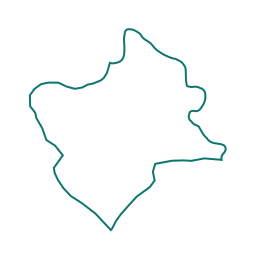 outline of Chosan, Chagang-do, North Korea, rotated 79°
{"feature_id": "82179303B68159150924260", "entity_name": "Chosan", "entity_type": "district", "adm_level": 2, "iso_a3": "PRK", "parent_name": "North Korea", "parent_adm1": "Chagang-do", "projection": "natural_earth1", "projection_center": [125.757, 40.773], "detail": "fine", "context": "isolated", "style": "outline", "palette": "teal", "viewbox_px": 256, "rotation_deg": 79, "n_neighbors": 0, "source": "geoboundaries", "source_scale": "gbopen_adm2", "svg_char_len": 5512}
<svg xmlns="http://www.w3.org/2000/svg" viewBox="0 0 256 256"><g transform="rotate(79 128 128)"><path d="M60.6,133.3L70.0,138.2L74.4,142.4L76.1,145.7L77.7,153.7L77.7,159.3L79.5,165.0L79.4,172.6L75.7,180.2L70.2,187.8L68.3,197.2L68.3,204.8L71.8,212.4L77.2,218.1L88.0,219.9L95.3,216.2L100.7,216.1L111.6,212.3L124.2,210.4L131.5,202.9L142.4,197.2L153.1,208.5L158.5,208.5L165.8,206.6L174.9,202.8L183.9,197.1L193.0,187.6L205.8,176.3L224.9,164.3L223.9,163.0L216.7,157.3L211.4,151.6L204.2,142.2L197.1,132.7L190.0,117.6L184.6,111.9L175.6,111.9L168.4,108.1L168.5,91.1L170.4,79.7L172.3,72.1L172.4,58.9L177.1,42.2L176.5,42.2L176.0,42.1L175.6,42.1L175.1,42.0L174.7,41.9L174.3,41.7L173.9,41.6L173.7,41.4L173.3,41.2L172.9,41.0L172.6,40.7L172.3,40.3L171.9,40.0L171.6,39.7L171.2,39.3L171.0,39.0L170.8,38.6L170.5,38.2L170.1,37.9L169.8,37.6L169.4,37.3L169.1,37.0L168.8,36.8L168.4,36.6L168.1,36.4L167.7,36.3L167.4,36.2L167.1,36.1L166.7,36.1L166.3,36.1L165.8,36.1L165.4,36.1L165.0,36.2L164.6,36.3L164.3,36.4L164.0,36.6L163.8,36.8L163.5,37.0L163.3,37.2L163.1,37.5L162.9,37.7L162.7,38.0L162.5,38.4L162.2,38.8L161.9,39.4L161.5,40.2L161.3,40.6L161.1,41.1L160.9,41.7L160.7,42.2L160.6,42.6L160.4,43.0L160.3,43.4L160.1,43.9L160.0,44.4L159.8,45.0L159.5,45.6L159.2,46.3L158.9,47.1L158.8,47.3L158.6,47.8L158.2,48.4L157.9,48.8L157.5,49.4L157.1,49.9L156.6,50.4L156.0,50.8L155.5,51.3L154.9,51.7L154.4,51.9L153.9,52.2L153.2,52.5L152.6,52.8L152.2,53.2L151.5,53.6L151.0,53.9L150.5,54.3L150.0,54.6L149.5,54.9L148.9,55.2L148.3,55.4L147.7,55.6L147.1,55.9L146.6,56.1L146.1,56.2L145.5,56.4L145.0,56.6L144.5,56.8L143.9,57.0L143.2,57.2L142.7,57.4L142.0,57.6L141.5,57.8L141.0,58.0L140.5,58.1L140.1,58.3L139.8,58.5L139.5,58.7L139.3,59.0L139.0,59.4L138.8,59.8L138.6,60.2L138.3,60.5L138.1,60.9L137.8,61.2L137.6,61.5L137.3,61.8L137.1,62.2L136.7,62.5L136.3,62.9L135.9,63.2L135.6,63.5L135.1,63.8L134.6,64.0L134.2,64.3L133.9,64.5L133.5,64.7L132.7,65.3L132.2,65.6L131.7,65.8L131.2,66.0L130.7,66.2L130.3,66.3L129.9,66.3L129.6,66.3L128.7,66.3L128.4,66.2L128.1,66.1L127.7,66.0L127.3,65.9L127.0,65.7L126.5,65.5L126.1,65.3L125.1,64.7L124.9,64.6L124.5,64.3L124.3,64.1L124.0,63.9L123.8,63.5L123.6,63.1L123.5,62.7L123.5,62.3L123.5,61.8L123.5,61.2L123.6,60.7L123.6,60.3L123.8,60.0L123.9,59.7L124.1,59.3L124.3,58.8L124.4,58.4L124.5,58.0L124.4,57.5L124.5,57.0L124.5,56.5L124.4,55.8L124.2,55.4L124.0,54.9L123.8,54.4L123.5,53.9L123.2,53.5L122.8,53.0L122.4,52.6L122.0,52.2L121.6,51.9L121.2,51.5L120.8,51.0L120.4,50.6L120.1,50.3L119.7,50.0L119.3,49.7L118.8,49.2L118.4,48.9L117.9,48.6L117.6,48.4L117.2,48.1L116.8,47.9L116.4,47.7L115.9,47.4L115.3,47.1L114.7,46.8L113.8,46.5L113.3,46.3L112.7,46.2L112.1,46.1L111.6,46.0L111.0,45.9L110.4,45.8L109.9,45.7L109.4,45.7L108.8,45.6L107.6,45.6L107.1,45.7L106.6,45.9L106.1,46.1L105.6,46.4L105.2,46.6L104.8,46.9L104.5,47.2L104.0,47.5L103.5,47.9L103.3,48.2L103.1,48.5L102.9,48.9L102.8,49.3L102.5,49.6L102.3,49.9L102.0,50.3L101.7,50.8L101.5,51.1L101.2,51.4L101.0,51.8L100.8,52.3L100.7,52.7L100.5,53.1L100.4,53.7L100.3,54.2L100.2,54.7L100.1,55.2L100.1,55.8L100.0,56.5L100.0,57.1L99.9,57.9L99.7,58.4L99.5,58.9L99.3,59.4L99.1,60.0L98.9,60.4L98.8,60.7L98.6,61.1L98.4,61.6L98.1,61.9L97.7,62.1L97.2,62.1L95.9,62.1L95.2,62.1L94.4,62.1L93.9,62.0L93.3,62.0L92.6,62.0L92.0,61.9L91.4,61.8L90.3,61.7L89.9,61.6L89.4,61.5L88.9,61.4L88.3,61.3L87.7,61.2L87.1,61.1L86.5,61.0L85.7,60.9L84.9,60.8L84.3,60.7L83.7,60.6L83.1,60.4L82.5,60.4L81.8,60.2L81.3,60.2L80.7,60.1L80.2,60.2L79.6,60.2L79.1,60.3L78.6,60.5L78.1,60.6L77.6,60.8L77.1,61.0L76.5,61.2L76.1,61.4L75.6,61.7L75.2,61.9L74.7,62.2L74.3,62.4L73.9,62.7L73.5,63.0L73.1,63.4L72.8,63.7L72.5,64.1L72.2,64.4L71.9,64.8L71.5,65.2L71.2,65.5L70.9,65.9L70.7,66.2L70.5,66.5L70.3,66.8L70.0,67.2L69.7,67.5L69.4,67.8L69.2,68.2L69.0,68.6L68.9,68.9L68.8,69.4L68.6,69.9L68.4,70.4L68.1,70.9L67.8,71.4L67.5,72.0L67.3,72.4L66.9,72.9L66.6,73.5L66.3,74.0L65.8,74.6L65.5,75.2L65.1,75.7L64.8,76.1L64.5,76.6L64.2,77.0L63.9,77.5L63.5,77.9L63.2,78.3L62.9,78.7L62.5,79.2L61.8,80.0L61.3,80.5L60.8,81.1L60.4,81.5L59.9,82.0L59.4,82.5L59.0,82.9L58.6,83.4L58.1,83.9L57.6,84.3L57.1,84.7L56.6,85.1L56.1,85.5L55.7,85.9L55.2,86.2L54.6,86.6L54.0,86.9L53.4,87.3L52.7,87.6L52.1,88.0L51.1,88.5L50.5,88.8L50.1,89.1L49.6,89.4L49.2,89.7L48.8,90.1L48.3,90.5L47.8,90.9L47.4,91.3L47.0,91.7L46.5,92.2L46.0,92.7L45.6,93.2L45.2,93.7L44.7,94.2L44.3,94.5L43.9,94.9L43.5,95.2L43.1,95.6L42.6,96.0L42.0,96.3L41.5,96.6L41.0,96.8L40.5,97.0L39.9,97.3L39.3,97.5L38.7,97.8L38.3,98.0L37.7,98.4L37.3,98.8L36.8,99.2L36.4,99.6L36.0,100.0L35.6,100.4L35.1,100.9L34.8,101.3L34.5,101.7L34.1,102.0L33.8,102.5L33.4,103.0L33.2,103.4L32.9,103.8L32.6,104.3L32.4,104.7L32.2,105.1L32.0,105.6L31.8,106.2L31.6,106.7L31.5,107.2L31.4,107.6L31.3,108.2L31.1,108.7L31.1,109.2L31.1,109.9L31.3,110.5L31.5,111.0L31.7,111.5L32.0,111.8L32.4,112.1L32.7,112.3L33.2,112.6L33.6,112.8L34.3,113.0L35.0,113.3L35.9,113.6L36.7,113.9L37.3,114.2L38.1,114.5L38.8,114.7L39.2,114.8L40.0,114.9L40.8,115.1L41.6,115.2L42.5,115.4L43.2,115.5L43.9,115.5L44.5,115.6L45.2,115.7L46.6,115.9L47.4,116.0L48.1,116.1L48.8,116.3L49.6,116.4L50.3,116.5L51.1,116.7L51.9,116.9L52.6,117.1L53.0,117.2L53.5,117.4L54.0,117.5L54.7,117.7L55.2,117.9L55.9,118.2L56.4,118.4L57.1,118.7L57.6,119.0L58.1,119.3L58.5,119.7L59.0,120.1L59.4,120.5L59.9,121.0L60.3,121.5L60.7,122.1L61.0,122.7L61.2,123.5L61.4,123.9L61.5,124.4L61.6,125.0L61.6,125.6L61.7,126.3L61.8,127.0L61.8,127.6L61.8,128.7L61.8,129.3L61.7,130.0L61.6,130.6L61.5,131.1L61.3,131.6L61.2,132.1L61.0,132.5L60.8,132.9L60.6,133.3Z" fill="none" stroke="#0f766e" stroke-width="2"/></g></svg>